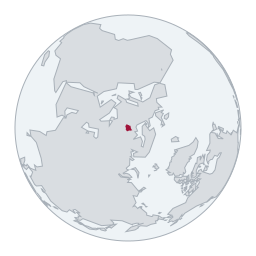 the Earth from above Minsk, rotated 149°
{"feature_id": "BLR-2345", "entity_name": "Minsk", "entity_type": "Region", "adm_level": 1, "iso_a3": "BLR", "parent_name": "Belarus", "parent_adm1": "", "projection": "orthographic", "projection_center": [27.803, 53.681], "detail": "fine", "context": "on_globe", "style": "filled", "palette": "rose", "viewbox_px": 256, "rotation_deg": 149, "n_neighbors": 0, "source": "natural_earth", "source_scale": "10m", "svg_char_len": 11766}
<svg xmlns="http://www.w3.org/2000/svg" viewBox="0 0 256 256"><g transform="rotate(149 128 128)"><circle cx="128" cy="128" r="113" fill="#eef3f6" stroke="#a8b0b8"/><path d="M65.0,34.6L69.8,31.6L66.9,33.4L70.0,31.5L74.0,29.2L79.5,26.5L87.9,23.6L93.3,24.6L90.1,25.4L91.8,25.8L95.9,24.9L98.2,24.2L109.5,25.8L123.1,25.7L127.5,24.2L126.5,25.9L134.8,22.2L142.3,22.2L133.8,23.2L132.9,24.2L137.9,24.5L138.1,25.6L140.6,26.4L140.3,27.7L135.4,28.5L135.2,29.4L138.7,29.6L140.7,31.3L135.5,30.8L138.4,33.6L130.8,35.9L117.0,34.3L112.7,37.4L98.3,41.0L99.5,42.1L94.8,44.5L94.5,46.7L91.9,46.9L93.9,48.5L96.3,47.9L98.0,48.4L98.0,49.7L94.7,50.2L94.2,49.6L93.3,50.4L91.6,50.1L92.5,51.0L88.5,51.5L92.4,53.0L89.3,55.1L86.6,54.9L86.9,52.4L81.6,46.3L79.0,45.7L75.0,47.3L67.5,55.4L64.7,56.0L60.8,58.7L62.3,59.4L65.9,57.7L67.8,59.9L72.0,57.7L73.4,58.4L77.7,57.4L77.0,60.4L73.9,64.0L70.4,65.1L68.9,66.7L72.3,68.2L65.6,72.8L61.1,80.6L59.3,81.6L56.0,78.9L56.1,72.5L51.9,69.7L54.5,74.5L50.2,77.3L49.4,79.1L49.6,80.8L51.2,81.0L49.7,82.7L46.5,78.4L47.8,76.8L48.8,78.1L48.8,75.2L46.6,72.7L44.6,74.5L43.4,69.4L41.9,70.7L40.9,70.5L43.3,68.7L38.9,71.9L37.2,67.8L31.2,74.0L37.2,65.9L39.4,62.1L41.5,58.4L40.5,59.3L44.7,53.6L46.2,50.9L43.8,53.2L50.3,46.4L57.4,40.2L65.0,34.6ZM35.0,64.4L35.2,64.2L32.9,68.0L31.7,69.5L35.0,64.4ZM27.3,77.6L26.7,78.7L26.6,79.0L27.3,77.6ZM20.2,95.4L20.2,95.6L19.5,98.9L18.3,102.7L18.9,102.0L17.9,106.5L17.3,116.1L17.1,116.2L16.4,129.0L17.7,140.2L18.0,145.2L17.6,145.8L18.5,149.6L18.5,150.8L23.9,165.6L28.1,175.3L28.9,179.2L27.4,178.4L28.2,180.1L24.7,173.0L21.8,165.6L19.4,158.0L17.6,150.3L16.3,142.5L15.6,134.6L15.4,126.7L15.7,118.8L16.7,110.9L18.1,103.1L20.2,95.4ZM29.7,75.4L24.6,87.2L25.9,82.4L26.0,82.9L27.6,79.4L30.1,74.2L31.6,70.5L29.7,75.4ZM31.0,76.3L31.7,74.5L31.2,76.0L31.0,76.3ZM99.2,23.8L96.0,24.8L92.2,25.3L94.9,24.3L99.2,23.8ZM106.4,23.5L104.9,24.1L103.2,23.4L104.6,23.2L106.4,23.5ZM130.6,23.0L127.9,23.0L130.5,22.7L130.6,23.0ZM141.0,26.3L141.7,26.0L142.7,26.6L141.0,26.3ZM77.8,55.8L77.7,56.6L76.9,56.4L77.8,55.8ZM79.7,54.7L78.8,53.9L79.6,53.3L80.1,53.8L79.7,54.7ZM143.2,29.2L144.6,30.4L142.4,29.3L143.2,29.2ZM80.6,55.8L81.1,52.2L82.5,51.2L85.6,52.2L80.6,55.8ZM144.9,31.1L148.3,34.1L150.2,33.6L146.9,36.9L145.0,33.2L141.9,31.9L144.3,31.9L144.9,31.1ZM97.1,47.1L94.5,47.8L96.6,46.1L97.1,47.1ZM98.0,45.9L102.1,40.1L105.9,39.8L103.8,41.7L108.7,40.6L108.5,43.3L105.8,44.5L103.4,44.1L105.2,45.5L98.0,45.9ZM144.5,38.4L144.6,39.3L143.5,38.5L144.5,38.4ZM98.8,48.5L99.3,47.3L102.6,46.9L102.3,49.3L101.3,48.7L98.8,48.5ZM110.1,39.0L112.5,39.3L113.0,41.5L114.0,41.9L108.9,43.3L110.1,39.0ZM100.6,49.4L102.0,50.6L100.4,51.9L98.5,49.7L100.6,49.4ZM103.7,45.9L105.2,45.9L104.2,46.6L103.7,45.9ZM95.7,57.8L96.3,56.2L98.0,55.8L95.7,57.8ZM102.6,50.9L103.1,50.4L103.9,50.2L104.5,51.2L102.6,50.9ZM109.6,44.9L109.3,45.8L111.7,44.4L112.2,46.1L108.7,46.8L110.4,47.2L110.6,47.8L107.5,47.8L109.6,44.9ZM107.4,51.5L103.1,53.1L101.7,56.1L100.1,56.4L102.5,51.7L107.4,51.5ZM107.7,49.3L107.1,50.7L105.4,50.4L104.8,49.2L107.7,49.3ZM113.8,47.1L114.0,44.3L114.8,44.3L113.8,47.1ZM107.3,52.4L108.4,52.0L107.4,52.7L107.3,52.4ZM112.2,48.8L112.2,47.8L113.0,47.8L112.2,48.8ZM110.5,52.1L109.1,52.6L108.6,51.8L110.5,52.1ZM111.6,50.7L112.8,50.9L109.3,51.2L111.4,50.2L111.6,50.7ZM113.1,48.9L113.6,48.6L113.0,49.4L113.1,48.9ZM113.2,55.1L108.9,55.7L107.8,53.8L112.1,53.5L113.2,55.1ZM56.8,189.5L50.4,172.6L53.7,169.4L54.4,162.9L77.2,150.3L82.0,153.8L99.9,156.0L102.1,157.5L99.9,162.9L113.3,171.9L117.7,167.6L129.9,171.7L138.0,171.1L141.1,160.2L127.7,161.0L125.5,155.6L136.3,150.4L148.0,149.8L147.6,147.7L140.2,143.8L143.0,139.4L137.7,142.0L139.8,144.1L136.5,145.9L134.4,144.2L135.5,142.6L132.0,141.8L127.8,149.7L129.5,152.6L120.2,153.9L122.1,158.9L119.6,161.1L115.4,153.4L115.9,150.6L108.1,141.5L106.8,144.5L114.1,153.4L111.7,152.5L110.0,157.0L109.5,152.9L101.9,142.7L93.6,142.7L82.9,151.2L78.1,150.3L74.1,146.2L78.2,135.3L88.5,138.6L90.1,135.1L88.2,128.5L91.4,130.2L91.9,128.0L95.8,128.9L101.5,124.8L105.4,125.2L107.8,118.5L110.2,117.9L108.1,121.9L108.8,125.1L118.7,126.0L120.7,124.7L121.4,120.4L124.1,121.3L123.5,117.1L129.3,115.5L121.8,113.9L122.5,109.1L126.0,105.6L124.9,103.9L119.1,109.6L118.0,112.2L119.2,114.9L115.0,122.1L111.6,123.0L110.8,114.5L105.9,114.9L107.5,108.4L122.2,96.3L128.2,94.1L137.9,100.3L136.4,103.3L132.2,102.6L135.9,107.6L135.7,105.1L137.9,106.0L139.1,101.9L140.7,102.4L139.1,97.8L141.2,97.9L142.2,100.8L145.8,95.2L150.2,94.5L150.2,93.0L149.0,91.7L155.4,91.8L155.1,90.7L152.9,90.2L151.0,87.9L150.0,83.8L152.3,84.1L153.0,85.6L157.7,89.2L159.1,93.4L160.0,93.1L159.3,89.6L153.5,85.1L152.3,82.6L155.3,84.3L154.1,83.5L154.2,82.3L156.4,81.5L153.2,79.5L151.3,67.3L155.5,64.7L158.4,67.4L159.5,59.9L164.0,58.0L162.0,57.6L161.1,53.9L159.7,54.4L158.7,53.9L155.8,45.4L156.9,43.7L153.3,39.9L152.3,39.7L151.3,40.7L146.9,36.9L150.2,33.6L152.4,34.2L153.0,31.9L158.0,33.6L162.4,34.1L167.5,37.7L170.5,38.0L170.4,37.1L174.4,37.0L183.1,40.2L176.6,41.5L163.6,38.4L169.0,39.9L167.9,40.8L169.9,42.1L173.7,43.2L174.0,42.6L180.8,51.5L190.1,57.9L189.1,53.9L191.2,53.0L200.9,57.9L213.3,73.5L216.4,73.4L218.4,75.1L219.9,79.0L217.0,76.5L216.0,78.2L214.1,76.4L215.5,82.1L212.9,79.7L215.3,85.5L217.4,86.0L217.1,81.7L220.3,88.1L223.6,87.4L227.0,91.0L231.8,105.0L232.1,114.0L232.7,115.7L231.3,116.9L231.7,123.1L236.4,125.5L237.1,127.8L236.7,137.7L236.2,136.2L232.4,139.4L233.4,145.8L236.4,144.7L237.5,147.8L235.9,150.4L234.6,147.9L233.2,148.9L232.4,143.8L228.8,139.2L227.2,144.5L226.1,141.5L221.0,139.4L218.0,146.8L214.0,162.8L215.4,170.9L213.1,176.8L205.5,170.5L202.0,163.7L199.3,166.6L191.4,163.4L178.1,170.1L176.1,168.4L173.6,170.7L168.1,170.3L165.0,167.1L161.6,168.5L169.8,176.6L173.4,175.1L176.2,169.7L177.9,173.0L183.2,173.9L177.6,185.2L157.7,198.7L155.6,192.7L139.8,176.1L140.2,173.8L140.1,173.5L140.0,173.1L138.6,177.0L135.9,173.3L144.5,186.1L145.9,191.5L157.4,199.1L156.4,200.3L160.0,201.3L171.6,195.6L171.7,197.6L166.3,208.2L150.2,222.1L152.3,227.4L151.0,231.7L140.9,235.3L141.7,237.4L136.4,238.4L136.1,239.3L131.8,240.1L124.7,240.5L112.7,239.5L112.0,239.2L106.1,237.2L98.0,230.6L101.0,228.0L100.0,224.8L91.3,215.1L93.2,210.6L90.9,207.8L86.1,207.0L83.4,203.5L80.5,202.4L62.3,196.4L56.8,189.5ZM69.3,159.7L68.7,161.7L69.3,159.7ZM160.6,154.3L167.5,152.6L164.1,146.5L166.5,145.4L164.5,143.8L163.9,146.1L158.9,141.4L161.8,138.4L160.8,135.5L158.5,135.9L153.9,142.3L161.0,148.8L159.5,152.2L160.6,154.3ZM17.3,116.3L17.1,118.3L17.1,116.7L17.3,116.3ZM25.3,83.1L24.6,85.1L24.0,86.6L24.4,85.3L25.3,83.1ZM21.6,99.5L21.2,102.0L21.2,99.9L21.6,99.5ZM24.0,89.0L21.9,97.5L22.0,94.0L23.5,88.7L23.0,91.5L24.0,89.0ZM29.6,77.2L29.0,78.6L28.7,78.9L29.6,77.2ZM30.6,77.4L30.7,77.0L31.4,75.9L30.6,77.4ZM50.4,77.6L50.6,78.0L50.4,79.9L49.7,79.3L50.4,77.6ZM54.2,86.8L51.7,89.4L53.0,87.1L51.6,86.6L52.6,81.4L58.5,81.9L55.6,82.5L54.2,86.8ZM55.6,74.9L54.3,78.0L55.5,74.6L55.6,74.9ZM90.7,115.6L92.0,117.6L90.4,119.8L85.3,119.9L87.6,116.6L90.7,115.6ZM94.1,119.9L94.8,111.8L98.0,111.6L96.1,113.1L98.1,113.7L95.6,116.3L98.0,124.2L96.7,126.8L88.1,125.2L91.6,124.2L90.2,122.3L94.1,119.9ZM90.9,93.3L91.3,90.2L97.7,93.6L96.7,96.1L91.6,96.2L89.8,93.4L90.9,93.3ZM85.9,58.5L85.6,57.5L86.5,57.3L87.5,58.1L85.9,58.5ZM95.8,57.0L88.1,63.0L87.4,62.0L83.7,66.9L80.4,66.4L82.9,63.2L77.6,66.6L78.5,63.6L75.1,66.2L81.0,59.2L81.6,56.8L82.2,59.6L85.2,60.1L86.7,59.6L91.4,56.4L94.2,51.6L97.7,51.5L99.4,52.7L99.2,53.8L97.0,53.5L98.4,55.2L95.1,55.6L95.8,57.0ZM117.3,69.4L114.8,68.1L117.0,72.6L113.8,72.7L114.2,73.2L111.8,74.5L109.7,77.1L108.2,76.7L108.0,77.9L106.4,78.9L105.6,80.5L102.7,80.4L101.6,82.3L100.8,81.2L99.6,84.5L99.2,82.0L97.1,83.2L98.6,85.0L84.7,81.7L79.2,82.5L74.8,84.8L74.8,80.4L78.8,75.6L84.8,71.5L90.1,71.5L89.1,69.6L91.3,69.1L91.2,70.7L92.8,67.8L94.6,67.9L99.9,64.8L101.0,60.8L103.0,59.7L103.5,61.3L105.1,59.1L107.3,61.4L108.8,60.7L112.4,62.4L112.4,66.0L114.1,64.9L116.9,66.3L117.3,69.4ZM114.2,55.7L115.0,59.8L113.5,61.9L107.8,58.2L106.2,58.5L102.5,56.4L104.6,53.4L105.5,54.3L106.8,54.4L105.6,55.3L107.6,54.7L108.8,55.9L110.7,55.8L110.4,57.2L114.2,55.7ZM104.7,155.7L106.4,156.2L109.2,156.4L108.1,159.3L104.7,155.7ZM99.4,148.8L101.0,148.8L100.8,152.7L99.0,152.2L99.4,148.8ZM102.0,145.5L101.1,148.5L100.5,146.6L102.0,145.5ZM109.6,121.7L111.3,121.4L111.4,122.4L110.4,123.8L109.6,121.7ZM123.2,83.4L122.0,82.1L122.6,81.6L122.0,77.9L124.3,77.7L125.6,79.8L123.2,83.4ZM138.8,162.3L136.4,164.6L135.2,163.7L136.2,163.1L138.8,162.3ZM121.5,162.6L125.4,164.0L121.1,163.3L121.5,162.6ZM125.7,82.5L125.2,81.0L126.7,81.8L125.7,82.5ZM126.1,77.3L127.9,78.0L124.6,77.2L126.1,77.3ZM169.9,226.3L161.7,233.8L156.5,235.2L155.8,234.1L159.0,230.1L165.1,227.4L168.2,224.6L169.9,226.3ZM237.9,152.9L237.2,155.4L237.7,153.2L238.7,148.8L237.9,152.9ZM237.6,153.6L235.9,156.9L231.6,156.2L233.2,153.3L237.3,149.8L237.1,151.3L238.1,149.9L237.6,153.6ZM240.0,139.9L239.9,141.1L239.5,143.4L239.3,141.5L239.4,138.5L239.8,136.3L239.8,121.0L240.1,119.5L240.5,125.0L240.6,125.3L240.0,139.9ZM215.9,171.2L218.4,173.7L216.9,176.0L215.9,171.2ZM238.7,112.8L239.4,119.3L238.4,112.2L238.7,112.8ZM237.4,107.3L237.9,108.5L237.4,108.6L237.4,107.3ZM233.8,117.8L233.5,120.5L232.9,119.5L233.0,115.5L233.8,117.8ZM229.6,94.2L231.7,97.2L232.3,98.7L231.2,98.0L229.6,94.2ZM145.4,79.7L143.5,84.9L143.8,88.8L146.4,91.0L142.0,90.2L141.5,84.2L145.4,79.7ZM150.4,68.7L148.0,67.0L149.5,66.4L150.3,66.7L150.4,68.7ZM148.6,68.6L144.9,69.1L143.9,67.2L147.0,67.2L148.6,68.6ZM135.3,75.6L134.6,77.1L133.4,76.4L135.3,75.6ZM239.1,109.6L239.0,109.8L239.5,113.2L238.0,104.8L238.5,106.0L239.1,109.6ZM238.2,106.5L238.7,109.6L237.8,105.3L238.2,106.5ZM238.5,109.4L237.9,107.9L237.9,106.4L238.5,109.4ZM238.1,105.4L237.0,102.1L237.5,102.9L238.1,105.4ZM236.5,104.9L237.3,103.8L237.2,107.7L234.7,102.5L234.5,100.2L236.5,104.9ZM219.5,71.9L218.1,71.0L217.2,68.8L218.4,70.0L219.5,71.9ZM213.1,61.3L216.5,67.9L219.0,73.6L219.4,72.9L222.1,76.3L220.2,76.1L216.7,70.4L215.2,66.6L212.8,64.2L210.3,60.5L207.3,58.7L205.5,56.7L207.7,57.1L213.1,61.3ZM206.1,58.1L200.0,54.4L199.4,51.4L200.6,51.5L203.6,54.5L203.8,55.8L206.1,58.1ZM198.3,52.6L198.4,54.0L189.6,52.6L187.5,51.6L194.0,50.8L194.4,52.1L196.6,53.0L198.3,52.6ZM145.7,39.2L144.7,39.3L145.3,38.6L145.7,39.2ZM157.9,54.3L156.6,53.5L157.3,52.7L157.9,54.3ZM153.3,51.0L153.4,52.5L152.3,50.8L153.3,51.0ZM153.7,55.9L153.0,53.0L155.1,55.9L153.7,55.9Z" fill="#d9dde1" stroke="#a8b0b8" stroke-width="1"/><path d="M127.2,125.4L127.3,125.4L127.4,125.5L127.5,125.7L127.7,125.8L127.8,125.9L127.9,126.0L128.0,126.1L128.3,126.1L128.5,126.1L128.6,126.3L128.8,126.1L129.0,126.1L129.2,126.3L129.2,126.2L129.4,126.2L129.5,126.1L129.8,126.2L129.9,126.3L129.8,126.6L129.8,126.8L129.9,127.0L129.8,127.3L129.8,127.5L129.9,127.8L129.7,128.0L129.4,128.2L129.3,128.3L129.2,128.2L129.3,128.2L129.2,128.2L128.9,128.1L128.9,128.3L128.7,128.4L128.7,128.5L128.8,128.7L128.8,128.8L128.7,128.8L128.4,128.8L128.4,128.7L128.4,128.8L128.5,128.9L128.5,129.0L128.6,128.9L128.7,129.0L128.8,129.1L128.9,129.3L128.8,129.5L128.7,129.6L128.6,129.8L128.8,130.0L128.7,130.1L128.7,130.3L128.4,130.4L128.2,130.3L128.0,130.5L128.0,130.4L127.9,130.4L127.7,130.3L127.7,130.2L127.6,130.3L127.4,130.4L127.5,130.5L127.4,130.5L127.2,130.5L127.2,130.4L127.1,130.2L127.3,130.1L127.2,130.0L127.1,129.9L126.9,129.8L126.7,129.7L126.4,129.6L126.3,129.4L126.4,129.2L126.5,129.2L126.4,129.1L126.2,129.0L126.2,128.9L126.3,128.8L126.3,128.7L126.6,128.5L126.5,128.4L126.5,128.2L126.4,128.1L126.3,127.9L126.2,127.9L126.3,127.8L126.2,127.7L126.3,127.6L126.4,127.4L126.3,127.2L126.2,127.2L126.2,127.3L126.1,127.2L126.2,126.9L126.3,126.9L126.5,126.8L126.5,126.7L126.6,126.4L126.7,126.2L126.6,125.9L126.4,125.7L126.4,125.4L126.5,125.5L126.8,125.5L127.0,125.4L127.0,125.5L127.2,125.4L127.2,125.4ZM128.0,127.8L128.0,127.7L128.0,127.4L127.9,127.4L127.7,127.3L127.5,127.6L127.7,127.8L127.9,127.7L128.0,127.8Z" fill="#f43f5e" stroke="#9f1239" stroke-width="1.5"/></g></svg>